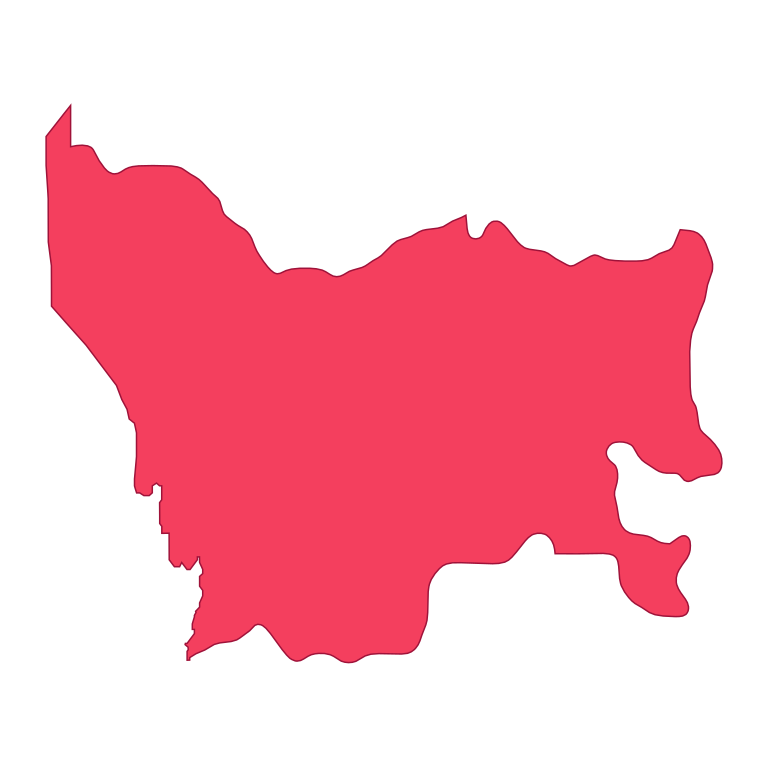 Dajabón, Dajabón, Dominican Republic (Equal Earth projection)
{"feature_id": "3306468B69873779257439", "entity_name": "Dajabón", "entity_type": "district", "adm_level": 2, "iso_a3": "DOM", "parent_name": "Dominican Republic", "parent_adm1": "Dajabón", "projection": "equal_earth", "projection_center": [-71.604, 19.566], "detail": "fine", "context": "isolated", "style": "filled", "palette": "rose", "viewbox_px": 768, "rotation_deg": 0, "n_neighbors": 0, "source": "geoboundaries", "source_scale": "gbopen_adm2", "svg_char_len": 5651}
<svg xmlns="http://www.w3.org/2000/svg" viewBox="0 0 768 768"><path d="M689.7,351.6L690.6,340.1L691.9,333.1L693.3,329.0L696.6,321.3L699.5,312.7L704.3,301.0L705.4,296.5L707.5,285.0L712.2,271.1L712.5,268.9L712.6,264.2L712.2,261.9L711.1,257.8L705.9,244.0L704.0,240.1L701.7,236.8L698.8,234.1L697.3,233.0L693.7,231.5L689.9,230.7L680.2,229.7L674.0,244.7L672.0,247.9L669.1,250.1L659.2,253.7L651.5,258.2L648.0,259.7L642.0,260.8L635.9,261.1L625.5,261.1L615.2,260.6L609.1,259.9L605.3,259.0L597.7,255.6L594.8,255.0L593.2,255.3L590.4,256.4L574.0,265.4L571.0,266.0L569.5,265.9L566.6,264.7L555.7,258.7L548.1,253.4L544.6,251.8L540.9,250.9L529.6,249.3L525.9,248.3L524.1,247.5L520.6,244.9L517.4,241.7L507.2,228.7L504.2,225.4L500.9,222.6L499.1,221.7L497.3,221.2L493.7,221.3L491.9,221.9L489.1,224.0L485.8,228.4L482.8,234.9L481.8,236.3L480.5,237.4L479.1,238.2L475.9,238.9L472.7,238.4L471.1,237.6L469.7,236.3L468.7,234.5L467.9,232.6L467.1,228.4L465.9,215.2L461.4,217.5L452.6,221.1L443.2,226.7L437.7,228.2L426.3,229.6L422.6,230.4L419.2,231.8L411.3,236.4L407.8,237.6L400.6,239.6L397.0,241.1L392.1,244.9L381.3,255.6L378.0,257.9L373.0,260.7L365.4,265.9L362.0,267.5L352.9,270.1L349.4,271.3L343.4,274.8L340.2,276.2L336.7,276.7L333.2,276.1L330.1,274.5L325.6,271.7L322.2,270.1L316.3,268.8L310.1,268.3L299.6,268.3L291.5,269.1L286.0,270.6L280.2,273.3L277.2,273.8L275.5,273.4L273.8,272.6L270.7,270.1L267.7,266.9L263.4,261.4L259.4,255.4L256.9,251.3L254.9,246.9L251.7,238.6L249.7,235.0L247.2,231.9L244.4,229.3L237.9,225.4L234.9,223.3L226.5,216.6L224.1,214.1L222.5,210.7L219.8,201.5L217.9,198.4L212.5,193.5L202.1,182.3L198.9,179.4L195.5,177.1L190.5,174.2L182.8,169.0L181.2,168.1L177.4,166.9L171.4,166.0L153.0,165.6L138.6,165.9L132.6,166.6L128.8,167.6L125.4,169.1L121.0,171.9L117.9,173.4L114.4,173.9L112.5,173.7L109.0,172.2L107.3,171.0L104.4,168.0L99.2,160.8L93.4,150.0L92.3,148.5L90.9,147.3L87.7,145.9L82.3,145.2L76.5,145.6L70.6,146.7L70.6,105.4L64.3,113.3L46.1,136.5L46.1,140.2L46.1,165.4L47.9,192.9L48.2,198.8L48.2,204.7L48.3,242.0L51.4,265.7L51.5,292.2L51.5,303.7L51.5,306.2L56.1,311.4L66.2,322.9L76.1,334.0L86.1,345.2L116.5,385.5L121.8,399.5L127.0,409.2L127.3,410.4L129.2,419.0L131.6,420.9L132.9,422.0L134.4,423.1L135.4,427.6L136.2,431.4L136.5,432.9L136.5,446.3L136.5,456.6L135.9,463.6L134.8,475.7L134.5,478.9L134.5,485.9L135.3,488.7L136.6,492.9L139.7,492.9L143.9,495.6L149.2,495.6L151.1,493.9L152.3,492.8L152.3,485.9L152.8,485.5L154.2,484.6L156.5,483.1L159.6,485.8L161.7,485.8L161.7,490.8L161.7,499.8L159.6,502.6L159.7,515.9L159.7,520.1L159.7,523.5L161.0,525.3L161.8,526.3L161.8,533.3L162.6,533.3L163.6,533.3L169.1,533.2L169.2,557.9L169.2,559.3L169.2,559.8L169.8,560.6L174.4,566.7L179.6,566.7L181.5,562.9L181.7,562.5L187.0,569.5L190.1,569.5L192.1,566.8L197.4,559.7L197.4,556.9L199.5,556.9L199.6,562.5L201.6,566.9L202.7,569.4L202.7,573.6L199.6,576.4L199.6,586.2L202.7,590.4L202.7,595.9L199.6,602.9L199.6,607.1L196.6,610.3L195.6,611.3L196.0,612.5L194.4,615.4L194.4,616.2L194.4,616.9L192.3,623.9L192.3,629.4L194.4,629.4L194.4,633.6L189.7,639.9L187.1,643.4L185.4,643.4L185.1,644.6L188.1,647.2L188.2,649.8L187.1,651.3L187.1,660.2L189.7,660.1L189.7,657.6L196.0,653.7L204.8,650.0L214.3,644.4L219.8,642.9L231.2,641.5L236.7,639.9L239.8,638.0L249.7,630.7L254.9,625.3L257.8,624.3L261.1,624.8L262.8,625.7L266.0,628.3L270.5,633.6L282.1,649.5L286.6,655.0L289.8,658.2L291.6,659.4L295.2,660.9L297.0,661.1L300.6,660.5L303.6,659.0L308.1,656.2L311.3,654.7L315.0,653.8L318.8,653.4L324.6,653.5L330.2,654.7L333.6,656.3L341.2,661.1L344.8,662.2L348.5,662.6L352.3,662.3L355.9,661.3L365.2,655.9L370.9,654.2L379.0,653.6L401.6,654.0L407.6,653.3L411.3,651.8L414.4,649.5L415.7,648.1L418.1,644.8L419.9,640.9L422.0,634.7L425.8,624.9L427.0,620.3L427.7,612.6L428.2,591.5L428.9,586.4L429.5,583.9L431.3,579.4L435.0,573.6L439.4,568.6L442.7,565.8L446.4,564.0L452.5,562.8L460.8,562.7L492.6,563.7L498.8,563.4L504.8,562.1L508.6,560.1L511.9,557.2L516.4,552.0L525.2,540.9L528.3,537.6L531.8,535.0L533.6,534.2L537.3,533.3L541.1,533.3L544.8,534.2L546.6,535.1L549.5,537.7L551.9,541.0L553.6,544.8L554.6,549.2L555.1,553.7L577.1,553.8L603.2,553.4L609.3,554.0L612.9,555.1L614.6,556.2L616.1,557.7L617.2,559.6L617.9,561.7L618.7,566.2L619.6,578.5L620.6,583.5L621.3,585.7L624.6,592.0L628.7,597.5L631.7,600.8L635.0,603.5L641.7,607.4L649.4,612.5L655.0,614.7L663.2,616.0L675.4,616.6L679.2,616.5L682.7,616.0L685.9,614.4L687.2,612.8L688.1,610.9L688.5,608.8L688.5,606.7L687.4,602.7L685.4,599.2L680.6,592.5L678.4,588.8L676.7,584.6L676.3,582.4L676.3,577.8L677.3,573.5L679.0,569.9L682.2,564.9L687.0,558.2L688.9,554.4L689.6,552.2L690.1,550.0L690.4,545.6L690.0,541.5L689.3,539.5L688.1,537.7L686.5,536.4L684.9,535.8L683.2,535.8L681.6,536.1L678.8,537.5L669.8,543.8L664.6,543.4L660.9,542.6L657.5,541.2L651.2,537.6L647.6,536.2L643.6,535.4L633.4,534.1L629.5,532.9L626.0,530.9L624.5,529.6L622.0,526.5L620.1,522.7L618.8,518.3L617.0,507.0L614.5,495.3L614.6,491.5L617.0,482.4L617.6,478.1L617.6,473.8L617.0,469.7L615.6,466.2L614.6,464.9L610.0,460.9L608.0,458.5L606.6,455.3L606.3,453.3L606.4,451.2L607.0,449.3L608.9,446.1L611.6,443.7L613.5,442.8L615.4,442.3L619.4,441.9L623.4,442.1L627.2,443.0L630.8,444.7L632.4,446.0L633.5,447.5L638.2,455.6L641.9,460.0L644.9,462.4L655.9,469.6L659.1,471.4L662.8,472.6L666.4,473.1L674.7,473.2L677.3,473.5L679.6,474.9L684.3,480.2L687.0,481.3L688.6,481.4L691.6,480.7L697.5,477.7L700.9,476.4L714.4,474.4L717.9,472.8L719.4,471.3L720.5,469.5L721.3,467.5L721.9,463.2L721.7,458.7L720.7,454.2L718.7,449.9L714.8,444.4L710.4,439.5L703.2,433.0L700.9,430.3L699.9,428.4L698.7,424.0L697.1,412.4L696.2,408.1L695.6,406.2L692.3,400.4L691.7,398.5L690.8,394.1L690.2,386.7L689.7,351.6Z" fill="#f43f5e" stroke="#9f1239" stroke-width="1.5"/></svg>